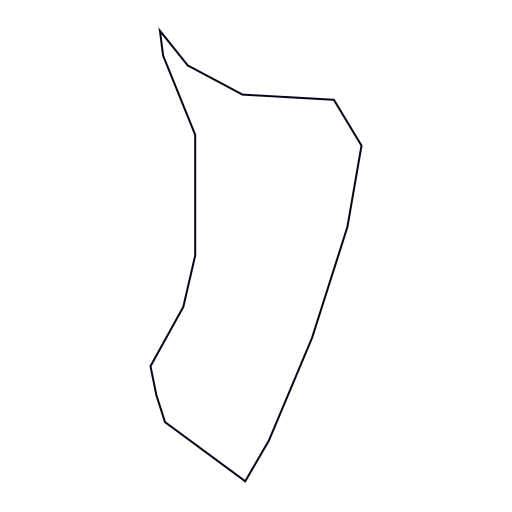 outline of Hodoš
{"feature_id": "SVN-201", "entity_name": "Hodoš", "entity_type": "Municipality", "adm_level": 1, "iso_a3": "SVN", "parent_name": "Slovenia", "parent_adm1": "", "projection": "orthographic", "projection_center": [16.307, 46.822], "detail": "fine", "context": "isolated", "style": "outline", "palette": "ink", "viewbox_px": 512, "rotation_deg": 0, "n_neighbors": 0, "source": "natural_earth", "source_scale": "10m", "svg_char_len": 348}
<svg xmlns="http://www.w3.org/2000/svg" viewBox="0 0 512 512"><path d="M159.9,30.7L187.8,65.5L242.5,94.6L333.9,99.8L361.5,145.6L347.4,227.0L312.0,338.0L268.9,440.5L245.2,481.3L241.9,478.8L165.0,422.1L156.3,394.9L150.5,366.2L183.3,306.9L195.2,255.5L195.2,134.8L163.1,55.6L160.2,32.8L159.9,30.7Z" fill="none" stroke="#020617" stroke-width="2"/></svg>